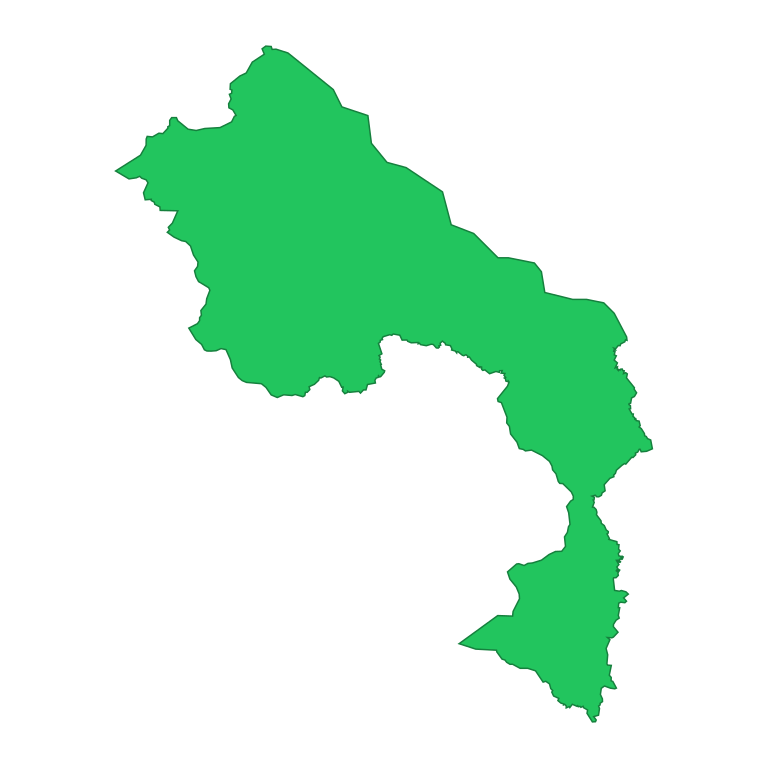 Ejisu Municipal, Ashanti, Ghana
{"feature_id": "2480657B74771824828795", "entity_name": "Ejisu Municipal", "entity_type": "district", "adm_level": 2, "iso_a3": "GHA", "parent_name": "Ghana", "parent_adm1": "Ashanti", "projection": "mercator", "projection_center": [-1.391, 6.614], "detail": "fine", "context": "isolated", "style": "filled", "palette": "green", "viewbox_px": 768, "rotation_deg": 0, "n_neighbors": 0, "source": "geoboundaries", "source_scale": "gbopen_adm2", "svg_char_len": 6115}
<svg xmlns="http://www.w3.org/2000/svg" viewBox="0 0 768 768"><path d="M115.6,171.0L129.0,178.9L136.3,177.8L139.7,176.3L141.7,178.2L146.1,179.8L148.0,182.8L143.5,192.8L145.2,199.8L151.3,199.3L151.2,200.5L154.3,202.2L154.8,204.3L159.9,206.9L160.2,210.4L177.8,210.8L172.4,223.1L168.3,227.3L169.6,230.0L167.3,232.3L174.0,237.1L181.6,240.7L185.7,241.5L190.5,246.0L193.5,255.0L198.0,262.0L197.6,266.4L194.5,270.8L196.0,276.7L198.6,281.6L208.7,287.7L209.9,290.3L206.7,298.7L206.0,304.1L200.9,310.5L201.4,315.3L199.6,317.7L199.6,320.6L197.4,323.7L188.8,328.1L195.8,339.5L201.6,344.4L204.4,349.8L206.9,351.0L211.1,351.1L216.2,350.7L221.0,348.6L226.0,349.6L230.4,359.6L232.2,368.0L238.4,377.5L242.2,380.6L246.5,382.4L261.4,383.7L266.0,387.4L271.2,394.9L277.3,397.5L283.7,394.8L292.0,395.5L295.2,394.5L302.9,396.7L304.8,395.6L305.4,392.3L307.2,392.3L309.8,389.6L309.1,386.7L314.4,384.3L318.6,380.4L319.5,377.6L320.8,378.0L324.9,375.9L326.6,377.0L329.9,376.6L333.7,377.9L338.8,381.3L341.7,387.3L343.1,387.1L342.4,390.9L344.8,393.7L347.9,392.2L347.7,391.2L349.5,392.3L358.9,391.4L360.5,393.1L363.5,389.9L366.0,389.9L367.5,384.5L375.4,383.0L374.9,380.3L376.2,378.0L378.2,377.4L378.5,375.8L379.7,377.0L380.8,376.5L384.2,372.4L384.7,370.8L381.8,369.2L380.6,364.7L381.3,364.4L380.0,361.6L380.6,360.0L379.4,359.1L380.1,357.1L378.9,355.6L381.9,353.8L378.4,343.3L380.1,342.2L380.3,340.3L382.5,339.6L382.0,338.5L383.2,336.7L389.7,334.7L391.8,335.3L393.2,334.0L399.8,335.2L402.1,340.1L406.9,340.0L407.7,341.3L411.2,342.8L418.1,342.5L418.1,343.8L419.5,343.2L420.5,344.6L426.3,345.7L431.2,344.2L433.3,344.5L436.3,347.9L438.2,348.1L439.4,347.0L438.9,345.8L440.7,345.2L440.1,343.2L442.4,341.1L445.3,343.4L445.6,344.8L450.4,345.6L451.9,348.8L451.6,350.0L455.2,351.0L456.7,352.9L456.9,351.8L458.0,351.7L462.3,355.2L463.8,355.7L466.0,354.7L467.8,356.2L467.7,357.2L469.4,357.0L471.5,360.1L476.5,364.3L476.6,365.6L479.9,367.5L479.9,366.7L481.6,367.0L481.7,369.4L482.8,370.4L484.9,369.9L489.6,373.7L495.9,371.5L499.3,372.3L499.6,370.7L502.2,370.6L501.1,373.1L504.9,373.5L504.0,375.3L505.6,377.4L504.4,378.0L505.4,378.6L505.9,381.1L507.9,381.7L508.2,380.9L509.1,382.1L507.4,386.3L497.5,398.6L498.1,401.5L501.4,402.6L507.0,417.2L506.7,422.9L509.4,426.4L510.6,434.0L517.0,442.2L519.3,448.6L523.2,449.4L525.4,450.9L531.5,450.1L542.4,455.6L549.5,461.4L552.0,466.1L552.6,469.8L556.0,473.8L558.3,481.5L559.8,483.4L562.8,483.6L571.3,491.9L573.3,496.1L573.2,499.5L570.6,501.1L566.6,506.6L568.7,512.8L570.0,524.4L568.5,526.7L567.4,532.4L564.5,536.9L565.5,546.4L561.7,551.3L555.5,551.5L549.1,554.5L541.4,560.2L532.3,563.0L527.9,563.4L524.1,565.5L518.8,563.7L516.6,564.0L507.5,571.9L509.9,579.1L516.3,587.0L519.2,594.0L519.5,598.8L513.1,611.4L512.6,616.1L497.7,615.6L459.1,643.7L475.7,649.1L496.5,650.2L496.8,651.9L502.0,659.1L504.9,660.0L506.7,662.3L510.0,664.3L512.5,664.2L520.1,668.3L527.7,668.3L535.5,670.8L543.1,682.1L545.8,681.3L549.5,683.9L550.8,688.7L552.7,690.5L551.8,692.1L553.6,696.0L558.8,698.4L557.9,700.6L560.9,703.1L563.8,704.0L563.6,704.9L564.9,704.5L566.2,705.8L566.2,707.9L569.2,706.6L569.8,707.6L572.3,704.3L577.0,706.3L577.7,705.7L578.3,706.7L580.2,706.4L580.9,707.3L583.1,706.3L583.6,707.7L587.6,710.0L587.0,713.3L592.4,721.9L595.5,721.7L596.2,720.0L593.7,716.6L598.5,715.2L599.5,708.5L598.6,706.0L600.1,704.9L600.1,703.3L602.5,701.6L602.4,698.8L600.4,694.5L601.3,688.3L604.5,686.0L610.5,688.2L614.8,688.8L616.4,688.1L612.8,681.4L611.1,680.8L611.2,677.4L609.3,675.2L611.3,665.4L607.6,665.1L606.9,663.8L607.7,654.8L606.1,648.5L609.9,639.7L607.4,637.5L611.9,637.8L613.4,637.1L618.0,632.2L613.4,626.7L613.5,624.3L616.1,620.2L619.2,618.1L618.3,615.4L619.7,607.8L618.3,607.7L618.7,603.2L620.7,602.2L624.9,602.7L626.5,601.2L623.6,597.9L628.3,594.1L625.9,591.8L621.3,590.5L619.4,591.2L614.6,590.4L613.3,578.9L613.6,577.8L616.0,577.7L618.3,575.4L617.9,572.9L619.7,570.1L618.9,569.6L617.1,571.4L616.3,570.8L617.8,568.6L616.8,567.0L618.9,564.6L616.4,560.3L617.8,560.2L618.5,561.9L620.0,562.3L620.5,561.8L619.1,560.1L619.6,559.2L622.3,559.1L623.2,556.9L622.1,556.2L621.4,558.4L620.5,556.3L618.8,555.8L618.3,553.5L620.2,550.9L618.6,549.2L619.0,544.7L617.1,544.4L616.9,541.7L608.9,539.4L609.4,538.5L607.0,533.9L608.2,533.0L608.3,531.6L606.2,529.9L604.3,525.6L601.3,523.3L601.0,520.8L596.5,514.8L596.9,512.2L596.1,509.5L594.0,507.3L592.5,507.1L594.2,502.4L593.2,500.0L594.0,499.9L594.4,497.3L592.0,496.1L595.2,495.2L596.8,496.8L598.8,496.8L601.4,495.3L602.1,492.9L605.1,490.8L604.2,484.7L609.9,478.3L613.9,476.7L613.7,475.0L615.4,473.4L616.4,470.2L622.2,465.1L624.5,463.6L625.8,464.1L631.7,457.3L633.0,457.5L635.7,454.8L635.4,453.1L637.7,452.1L639.2,449.3L640.1,449.3L641.2,451.8L646.6,451.3L652.4,448.8L650.7,440.0L647.5,438.6L646.3,436.5L644.7,435.8L644.4,433.5L641.3,428.6L639.1,427.0L640.2,425.6L639.1,421.1L636.2,420.6L635.8,418.8L634.8,419.2L634.6,417.6L633.0,416.5L633.3,414.0L632.0,414.0L629.2,409.0L630.6,408.7L630.4,405.6L628.9,404.6L629.1,403.6L630.6,403.2L631.6,397.9L634.4,396.5L636.6,392.8L634.1,389.1L634.4,387.7L626.5,377.9L627.3,373.9L625.7,372.7L623.5,373.6L624.2,370.8L622.7,370.5L622.3,369.1L620.8,369.1L620.0,370.2L618.8,369.4L618.3,370.5L617.1,369.0L617.5,366.8L615.2,367.8L617.4,362.9L614.2,360.1L616.3,355.8L614.3,354.9L615.0,351.5L613.7,351.3L614.2,349.8L615.4,349.9L614.1,348.3L615.6,348.8L618.3,345.5L620.1,345.7L620.7,343.9L624.8,341.8L625.5,339.8L627.0,340.3L626.6,336.9L614.2,313.3L603.8,302.9L586.5,299.4L572.6,299.4L544.8,292.5L541.4,271.7L534.4,263.0L508.4,257.8L498.0,257.8L473.7,233.5L451.2,224.8L442.5,191.9L406.1,167.6L387.0,162.4L371.4,143.3L367.9,115.6L341.9,106.9L333.3,89.6L288.0,53.0L276.1,49.2L272.1,49.4L271.2,46.5L265.8,46.1L262.1,48.8L264.3,54.2L252.3,62.1L246.2,73.0L239.9,76.0L230.4,83.7L230.1,89.3L231.9,90.0L231.6,93.3L229.4,94.3L231.1,99.0L228.6,103.8L228.9,107.8L232.8,109.9L236.1,115.5L234.4,116.3L231.6,121.9L220.0,127.6L204.8,128.5L196.2,130.5L188.1,129.2L177.8,120.8L176.4,117.6L171.7,117.6L169.7,120.4L169.7,125.6L167.8,126.8L167.9,128.2L162.9,133.6L158.9,133.2L152.5,136.9L147.2,136.4L146.2,139.0L146.1,145.3L140.5,155.2L115.6,171.0Z" fill="#22c55e" stroke="#15803d" stroke-width="1.5"/></svg>